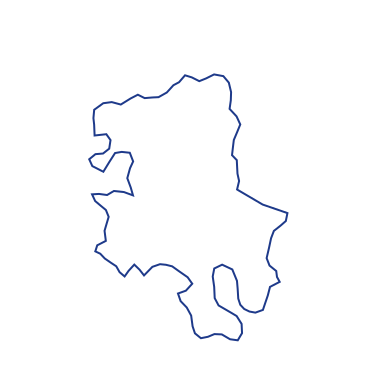 Águas Frias, Santa Catarina, Brazil (Robinson projection), rotated 37°
{"feature_id": "56859067B4430319008456", "entity_name": "Águas Frias", "entity_type": "district", "adm_level": 2, "iso_a3": "BRA", "parent_name": "Brazil", "parent_adm1": "Santa Catarina", "projection": "robinson", "projection_center": [-52.849, -26.847], "detail": "fine", "context": "isolated", "style": "outline", "palette": "blue", "viewbox_px": 384, "rotation_deg": 37, "n_neighbors": 0, "source": "geoboundaries", "source_scale": "gbopen_adm2", "svg_char_len": 1749}
<svg xmlns="http://www.w3.org/2000/svg" viewBox="0 0 384 384"><g transform="rotate(37 192 192)"><path d="M280.9,151.4L256.0,159.5L226.5,162.9L223.0,154.9L217.3,150.0L212.6,144.4L208.6,139.6L201.8,138.5L198.5,132.9L194.1,125.3L192.0,117.0L189.9,109.0L182.1,104.8L172.0,103.0L167.8,95.4L163.1,88.7L155.6,82.5L147.3,80.6L138.9,84.8L134.9,92.8L131.1,99.1L122.8,100.6L116.2,103.0L115.6,112.1L112.9,117.9L112.0,127.7L108.2,136.4L103.4,140.4L97.7,145.5L90.2,146.9L86.7,154.2L82.5,165.0L73.8,168.5L67.7,174.5L64.4,185.2L68.8,192.3L73.4,197.2L80.2,205.5L88.8,197.4L95.7,199.6L99.8,207.2L97.8,214.8L92.1,219.9L90.2,227.7L96.8,231.3L102.5,230.3L109.0,229.2L107.9,217.7L107.1,207.2L111.7,202.3L118.7,198.1L126.6,203.0L128.2,210.3L132.0,219.9L140.4,225.3L146.9,230.2L137.7,233.0L129.0,238.2L126.0,245.5L118.9,249.5L113.6,254.0L120.1,257.5L127.6,257.9L134.1,258.2L140.4,262.0L142.7,268.2L145.5,275.6L152.6,282.9L148.4,291.6L150.5,297.6L155.9,296.5L162.4,297.6L169.9,297.3L176.2,296.9L182.4,299.6L189.0,300.0L188.8,293.1L189.6,284.7L196.8,285.6L203.9,287.5L205.4,275.6L209.9,268.9L215.0,265.8L220.9,263.3L229.2,263.1L239.8,262.7L247.4,265.1L246.5,274.5L241.9,281.5L248.6,286.0L257.3,287.4L265.7,291.2L273.3,298.9L279.4,303.1L287.1,303.4L291.9,298.0L295.4,292.0L301.5,287.8L311.0,286.7L317.8,282.9L316.9,274.6L311.0,267.5L302.3,264.2L296.6,264.8L290.7,265.5L281.5,266.6L274.0,263.1L266.8,254.4L259.4,247.0L255.8,239.7L259.8,231.9L270.8,229.6L281.4,235.9L286.6,241.7L293.1,249.3L298.4,253.0L304.1,254.0L309.8,252.9L315.2,250.2L319.6,243.5L317.5,237.2L314.8,229.0L311.4,220.8L316.1,211.0L311.0,208.7L306.8,204.4L298.2,204.1L291.4,199.9L287.1,190.2L283.0,181.4L280.8,173.8L283.0,165.4L284.4,158.7L280.9,151.4Z" fill="none" stroke="#1e3a8a" stroke-width="2"/></g></svg>